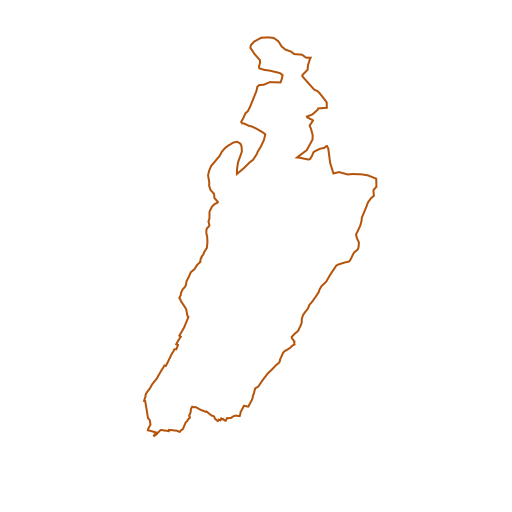 the district of Lisa, Brasov, Romania, rotated 204°
{"feature_id": "2599482B61913429007955", "entity_name": "Lisa", "entity_type": "district", "adm_level": 2, "iso_a3": "ROU", "parent_name": "Romania", "parent_adm1": "Brasov", "projection": "albers", "projection_center": [24.869, 45.68], "detail": "fine", "context": "isolated", "style": "outline", "palette": "amber", "viewbox_px": 512, "rotation_deg": 204, "n_neighbors": 0, "source": "geoboundaries", "source_scale": "gbopen_adm2", "svg_char_len": 5809}
<svg xmlns="http://www.w3.org/2000/svg" viewBox="0 0 512 512"><g transform="rotate(204 256 256)"><path d="M339.8,457.8L340.1,457.4L344.8,451.3L346.3,447.0L346.3,445.8L345.8,443.9L342.6,441.9L339.5,439.9L332.0,436.5L330.9,434.3L330.4,430.3L329.3,428.8L324.1,429.4L319.0,430.9L308.7,432.8L305.3,432.1L304.5,429.0L304.2,424.5L314.0,420.5L318.6,415.6L322.6,413.4L323.6,411.3L322.7,406.7L322.1,389.7L322.4,384.7L323.7,382.2L323.7,376.6L324.1,372.5L322.8,371.5L320.6,372.2L315.5,372.0L312.7,372.6L307.5,372.5L299.5,371.6L297.0,371.0L295.9,364.9L296.1,357.9L296.9,351.6L296.7,349.9L297.8,342.7L299.8,339.1L302.9,331.1L304.7,327.4L306.8,323.2L308.7,327.7L310.5,334.3L311.2,343.7L311.5,346.0L313.9,350.4L315.8,352.2L319.6,352.7L321.2,351.6L322.9,350.4L326.6,345.0L328.2,342.0L329.6,337.2L330.0,332.1L330.8,329.9L332.1,325.0L333.6,320.2L333.5,314.8L332.6,310.2L328.6,304.2L327.4,301.1L324.4,297.8L319.8,295.8L318.8,294.4L317.8,292.2L312.8,289.9L312.9,288.9L315.0,286.6L316.3,283.0L316.5,278.4L316.3,277.1L313.8,271.4L313.5,268.3L311.0,265.0L311.1,263.9L312.0,261.5L311.9,259.6L310.6,256.5L308.5,253.9L306.0,248.9L304.2,243.4L305.0,238.0L304.7,236.1L305.5,233.3L305.0,232.4L305.5,231.4L304.9,229.4L304.8,228.3L304.4,228.0L306.2,223.8L306.8,219.1L309.0,214.5L308.9,212.1L309.0,207.9L309.2,204.4L308.2,201.1L308.4,198.5L309.4,195.9L309.5,191.9L308.9,189.8L309.0,186.4L307.8,185.9L306.3,184.3L298.3,179.2L294.6,173.9L293.3,172.7L292.9,172.7L292.8,168.0L292.6,161.5L293.6,152.0L291.9,151.7L292.4,148.8L293.0,143.0L291.1,143.0L291.0,141.7L290.9,138.3L292.6,137.6L292.7,135.0L293.1,132.8L293.3,127.7L293.4,124.4L293.4,123.3L293.6,119.7L293.7,119.1L293.7,118.9L294.9,118.9L295.0,118.9L295.1,118.7L295.3,117.2L295.3,116.8L295.4,116.5L295.5,115.2L295.8,113.6L295.9,112.8L296.0,111.9L296.1,110.5L296.2,109.6L296.3,108.9L296.4,108.2L296.4,107.7L296.5,107.2L296.6,106.4L296.6,105.6L296.7,105.1L296.7,104.6L296.7,104.0L296.8,103.7L296.9,103.3L297.0,102.9L297.1,102.6L297.2,102.1L297.6,100.6L297.9,99.8L298.1,98.9L298.3,98.1L298.5,97.3L298.6,96.9L298.7,96.1L298.8,95.6L298.9,94.9L298.9,93.7L299.1,92.1L299.2,91.3L299.5,90.3L299.6,89.8L299.7,89.2L299.9,88.5L300.1,87.8L300.2,87.2L300.3,86.4L300.5,85.7L300.5,85.2L300.3,83.8L299.8,82.9L299.7,81.8L299.6,80.5L299.5,79.4L299.3,78.1L298.5,78.3L298.2,78.4L297.0,76.5L296.4,75.7L296.1,75.1L295.1,73.7L291.9,68.8L288.7,63.9L288.0,63.7L286.2,62.7L284.8,60.6L283.8,59.0L284.1,55.9L284.2,54.5L283.9,52.8L283.3,52.9L280.7,53.4L278.3,53.7L276.9,54.0L275.3,54.2L275.6,52.6L275.9,52.3L276.2,51.3L276.2,50.3L276.3,49.6L275.7,50.4L274.5,52.4L274.2,53.2L273.8,54.3L273.1,56.5L272.8,57.2L272.0,58.5L268.8,59.3L266.2,60.1L264.4,60.5L264.8,61.7L263.9,62.0L260.2,63.3L259.7,63.4L259.2,63.5L258.4,63.8L257.3,64.2L256.8,64.2L256.2,64.2L254.5,64.2L254.1,64.3L253.9,65.3L253.7,65.9L253.4,66.8L253.0,67.2L252.5,67.7L252.4,69.0L252.5,72.2L252.5,75.4L251.6,77.7L251.7,78.3L251.6,79.1L251.3,79.8L251.0,80.7L250.6,81.4L251.1,82.0L251.8,82.4L252.3,83.4L252.0,84.0L252.1,85.5L252.2,86.7L252.8,88.5L253.2,89.5L253.1,90.9L253.0,92.4L251.5,92.5L250.7,92.8L250.0,93.3L249.2,93.4L247.5,93.3L246.8,93.2L245.0,93.0L243.5,93.0L241.0,93.1L238.4,93.2L238.1,93.8L237.0,93.6L235.4,93.1L233.5,92.6L233.0,92.5L232.5,92.4L231.5,92.2L231.1,92.2L230.8,92.3L230.0,92.5L229.5,92.4L229.1,92.2L228.7,92.1L227.9,91.3L227.4,90.7L226.7,90.5L226.1,90.3L225.1,89.9L223.7,89.7L223.6,91.3L221.7,91.4L221.7,93.5L220.1,93.2L219.8,93.7L218.6,93.3L218.1,93.1L217.8,93.0L216.7,93.2L216.5,95.1L216.6,95.7L216.6,96.0L214.8,96.9L213.4,97.7L212.8,98.1L211.9,99.8L210.0,101.8L208.5,102.2L205.8,103.1L206.1,105.6L206.5,106.8L206.7,107.6L206.4,108.8L206.1,114.3L201.9,115.2L201.7,115.3L201.7,116.5L201.4,120.4L201.2,123.0L201.4,124.9L201.6,125.9L201.8,126.6L202.0,127.7L202.0,128.6L202.0,129.9L202.4,131.5L202.9,134.7L200.8,137.6L200.6,138.8L199.5,145.1L198.8,147.9L197.8,152.0L197.5,153.4L195.0,159.5L194.1,162.1L193.6,163.7L192.7,165.6L192.2,166.5L191.6,167.8L191.4,169.6L191.9,171.0L191.9,172.4L191.9,174.6L191.9,178.3L191.7,178.8L191.4,180.4L190.2,182.0L189.4,183.0L188.1,185.0L187.1,186.8L186.3,189.0L184.8,190.8L186.0,192.6L185.9,193.3L190.1,195.8L190.5,196.6L188.8,201.3L187.7,203.2L187.4,204.1L187.0,205.3L186.9,205.6L187.1,206.4L186.9,210.7L187.2,214.0L188.6,217.1L189.0,221.2L188.3,224.9L187.4,228.2L187.2,229.2L187.2,230.5L187.3,231.7L187.4,232.8L187.1,233.9L186.9,234.6L186.7,235.0L186.3,236.5L186.0,237.6L185.9,238.0L185.7,239.2L185.5,240.0L185.4,241.2L184.9,242.5L184.9,243.3L184.7,244.1L184.0,248.7L184.3,250.4L184.0,254.7L181.4,261.3L180.6,269.1L179.1,277.8L178.8,279.7L177.9,281.2L171.9,286.5L169.6,288.1L168.7,288.9L168.2,290.9L168.0,297.6L167.6,299.7L166.0,302.5L165.7,303.9L165.9,305.7L167.3,309.9L168.5,311.1L171.3,313.6L173.4,316.3L173.2,320.2L173.1,326.1L173.8,330.7L174.9,334.1L175.1,342.2L175.2,345.6L175.5,350.5L174.5,355.4L172.8,358.9L175.5,363.9L174.2,368.3L177.6,375.5L186.4,375.2L192.9,373.5L201.5,370.0L205.3,367.8L214.3,366.4L218.8,362.9L226.0,371.0L229.8,377.2L233.7,383.6L235.8,385.3L236.6,384.8L237.6,382.5L240.8,380.3L241.9,379.1L244.6,375.9L245.7,374.2L245.6,370.3L246.0,366.8L247.0,365.6L250.1,364.8L255.8,363.6L258.6,362.7L252.7,373.3L251.7,385.4L252.6,387.5L253.4,389.5L257.2,394.2L260.1,397.0L259.6,399.6L259.0,402.9L259.5,403.2L260.8,403.3L261.7,403.3L262.4,403.2L263.8,403.5L265.4,403.4L266.2,404.1L262.1,408.2L259.1,414.8L259.2,416.1L251.6,420.2L253.9,425.1L258.7,427.8L261.4,429.2L264.1,430.6L267.0,431.7L268.6,431.6L270.6,431.7L284.6,438.0L286.9,439.2L287.2,440.2L284.6,447.2L286.0,451.0L286.4,454.0L286.8,457.1L286.8,458.7L286.8,459.3L289.5,458.1L290.4,457.7L291.6,457.6L295.0,458.5L296.2,458.5L303.2,456.0L307.1,457.0L313.0,456.5L317.7,457.8L321.6,460.4L323.1,461.3L328.5,462.4L333.2,460.9L334.5,460.3L334.9,460.1L339.4,457.8L339.5,457.8L339.8,457.8Z" fill="none" stroke="#b45309" stroke-width="2"/></g></svg>